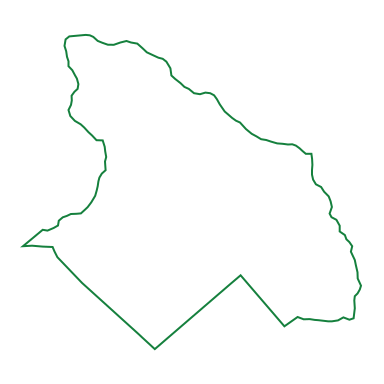 Santa Inês, Bahia, Brazil (orthographic projection)
{"feature_id": "56859067B23396017870292", "entity_name": "Santa Inês", "entity_type": "district", "adm_level": 2, "iso_a3": "BRA", "parent_name": "Brazil", "parent_adm1": "Bahia", "projection": "orthographic", "projection_center": [-39.849, -13.276], "detail": "fine", "context": "isolated", "style": "outline", "palette": "green", "viewbox_px": 384, "rotation_deg": 0, "n_neighbors": 0, "source": "geoboundaries", "source_scale": "gbopen_adm2", "svg_char_len": 1889}
<svg xmlns="http://www.w3.org/2000/svg" viewBox="0 0 384 384"><path d="M89.8,35.3L85.7,34.9L69.3,36.4L65.6,39.4L64.5,45.9L66.2,51.3L67.0,56.8L68.5,61.3L68.5,66.2L72.3,70.2L74.9,75.1L76.9,78.6L78.4,84.1L77.6,88.9L74.5,91.7L71.6,95.7L71.8,100.5L71.0,104.9L68.5,110.0L70.3,116.0L74.9,120.9L80.7,124.3L84.2,127.5L88.4,132.1L92.1,135.5L96.5,140.2L102.7,140.4L104.7,146.8L105.2,151.3L106.2,157.0L105.0,161.5L105.6,170.2L101.8,173.6L99.4,177.6L98.4,181.4L97.7,186.2L96.7,190.5L95.2,195.8L91.3,202.3L87.6,207.2L84.2,210.4L80.9,213.4L76.2,213.8L70.9,214.0L66.9,215.9L62.8,217.3L58.8,220.7L58.0,225.5L53.6,228.0L47.5,230.6L42.7,229.8L23.0,246.2L32.1,245.7L42.7,246.6L52.6,247.0L54.5,251.5L57.4,257.2L82.0,282.9L138.7,334.2L142.1,337.4L154.8,349.1L230.6,283.8L240.6,275.3L284.4,326.3L297.6,317.0L303.7,319.3L309.7,319.1L314.7,319.9L318.5,320.2L327.9,321.3L332.1,321.3L338.0,320.4L343.4,317.4L349.4,319.7L353.6,318.3L354.8,308.3L354.3,300.4L354.8,296.2L357.6,293.4L359.8,289.5L361.0,285.7L357.7,278.5L357.5,272.3L355.8,264.9L354.8,260.0L353.0,256.2L350.9,251.7L352.2,246.2L349.3,242.0L346.4,239.3L344.9,235.1L339.7,231.5L339.7,225.7L336.4,219.8L331.5,217.2L329.6,213.6L331.9,207.0L330.6,201.3L328.7,196.4L324.1,191.7L321.1,187.0L315.9,184.3L313.1,179.6L312.0,174.7L312.0,170.0L312.4,164.9L312.1,159.0L311.4,153.8L305.8,153.8L302.5,151.0L299.6,148.3L295.9,145.6L292.3,144.3L288.0,144.5L282.6,143.8L277.2,143.4L271.0,141.6L266.2,140.0L261.1,139.2L256.5,136.4L251.7,133.8L246.0,129.1L240.0,122.5L236.0,120.7L232.1,117.9L224.7,111.5L219.8,104.4L216.9,99.2L214.1,95.3L210.2,93.2L205.4,92.6L200.0,94.2L194.0,93.2L188.8,88.9L184.4,86.9L180.6,83.2L175.1,78.9L171.4,75.5L170.4,68.3L166.4,61.7L162.7,58.8L158.4,57.7L151.9,54.7L146.8,52.3L142.6,48.3L137.3,43.6L131.0,42.5L126.5,41.0L120.4,42.5L113.8,44.8L107.8,44.7L102.4,42.8L97.7,40.9L93.3,36.9L89.8,35.3Z" fill="none" stroke="#15803d" stroke-width="2"/></svg>